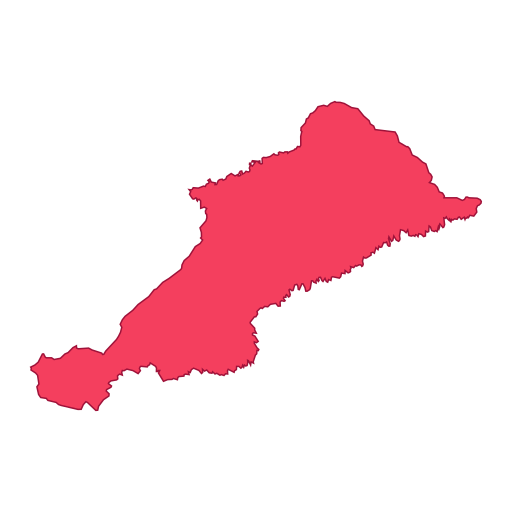 Nobres, Mato Grosso, Brazil (Robinson projection)
{"feature_id": "56859067B93249900813034", "entity_name": "Nobres", "entity_type": "district", "adm_level": 2, "iso_a3": "BRA", "parent_name": "Brazil", "parent_adm1": "Mato Grosso", "projection": "robinson", "projection_center": [-55.833, -14.387], "detail": "fine", "context": "isolated", "style": "filled", "palette": "rose", "viewbox_px": 512, "rotation_deg": 0, "n_neighbors": 0, "source": "geoboundaries", "source_scale": "gbopen_adm2", "svg_char_len": 6093}
<svg xmlns="http://www.w3.org/2000/svg" viewBox="0 0 512 512"><path d="M31.0,370.0L35.6,373.0L37.6,375.3L38.9,384.0L36.9,386.8L38.6,394.5L40.7,397.5L46.3,398.4L47.9,400.4L56.1,402.4L58.5,404.5L61.0,405.4L78.0,409.4L81.2,409.3L83.3,404.6L85.9,401.7L87.5,402.5L95.8,410.4L97.7,410.2L98.6,406.2L103.5,399.7L108.9,396.0L109.1,393.8L106.2,391.0L106.6,389.6L111.0,387.2L111.5,386.0L108.4,383.6L108.8,382.5L111.0,380.9L116.6,379.9L117.8,378.9L117.5,375.8L118.7,374.7L119.7,374.1L122.3,375.1L121.7,372.5L122.3,370.5L124.0,370.7L126.9,369.1L133.0,370.6L138.1,373.6L140.4,370.7L139.4,368.7L139.8,367.2L140.9,366.3L147.3,366.9L148.1,365.5L149.6,364.8L150.2,362.9L155.7,366.4L156.5,368.2L156.4,371.5L157.5,371.5L158.2,370.5L159.7,370.5L158.5,373.1L163.5,381.3L167.6,379.6L172.0,379.4L173.4,378.5L177.4,379.7L177.8,377.6L178.8,376.6L183.9,376.1L184.2,374.6L185.6,374.1L189.1,374.6L188.4,371.7L190.2,372.5L191.4,369.6L193.6,368.2L198.9,370.4L201.5,373.5L202.7,372.4L202.5,369.3L204.5,371.1L206.7,370.0L209.2,372.8L212.0,373.2L212.6,371.8L215.0,374.0L216.8,373.3L219.9,375.2L221.4,374.6L224.0,375.5L225.5,373.8L227.7,374.0L227.5,370.7L228.2,369.3L234.1,372.3L234.6,370.7L236.4,369.6L236.6,366.4L238.9,366.4L240.9,368.2L242.1,367.1L242.6,365.3L243.7,367.2L244.3,365.0L245.7,366.0L247.1,365.5L247.8,362.5L247.6,360.3L248.5,360.7L250.6,365.0L251.1,361.9L253.5,363.1L253.2,361.8L255.4,355.1L256.7,353.8L256.9,350.4L258.3,350.6L258.8,349.5L257.1,347.9L254.3,343.3L254.3,341.9L256.5,342.7L258.2,341.4L254.9,336.1L252.5,335.0L252.5,333.5L253.5,332.8L256.3,333.2L254.7,330.0L254.7,328.2L250.3,323.4L250.1,322.3L254.4,316.8L255.8,316.8L257.6,314.0L257.0,311.4L259.9,308.5L261.0,307.8L262.3,308.5L264.7,306.4L267.8,306.8L270.4,304.3L275.8,303.4L278.1,306.2L280.3,306.0L280.1,302.1L281.4,300.6L284.1,301.3L285.1,300.7L283.5,298.4L283.7,297.2L285.9,297.3L285.8,295.4L286.6,294.6L288.6,297.0L289.8,296.2L290.2,294.5L289.0,289.9L289.9,289.2L291.9,290.7L293.1,290.4L294.7,285.0L296.8,284.3L297.8,285.9L298.3,289.4L299.3,289.7L301.9,283.8L303.0,283.8L305.0,287.6L305.8,291.2L307.2,291.2L309.7,289.6L310.3,288.2L311.5,280.8L312.8,280.8L313.6,282.1L316.1,283.1L316.0,281.0L316.9,279.3L318.3,281.5L319.1,280.5L318.5,278.6L319.0,277.4L320.5,277.3L321.9,280.5L323.0,281.5L325.0,278.4L326.3,281.5L327.7,282.2L328.6,279.6L330.9,280.5L331.5,277.3L332.6,276.7L339.4,278.1L340.7,276.7L341.5,273.1L345.0,273.6L345.1,270.5L348.1,272.9L349.8,272.2L350.6,271.2L350.2,269.8L351.0,268.1L350.6,266.6L353.7,267.6L355.6,265.5L356.6,266.1L359.2,264.8L361.0,265.0L361.8,266.4L362.7,265.8L363.2,264.1L362.5,261.1L363.5,257.1L365.0,258.1L366.5,257.9L371.1,255.1L371.0,252.8L372.9,252.2L374.4,253.2L375.9,247.7L378.0,249.7L378.9,246.2L380.2,247.3L381.7,247.0L383.6,242.5L385.0,242.8L386.6,242.0L387.6,245.1L388.8,246.2L389.9,246.1L390.2,243.7L388.5,238.5L388.9,236.8L391.5,241.3L392.8,240.4L393.8,236.0L396.2,240.0L398.5,241.3L399.4,240.6L400.0,239.1L399.5,235.6L400.5,229.7L403.7,230.6L406.1,232.7L407.7,230.0L408.9,235.5L411.4,236.1L413.1,235.4L414.9,236.3L415.6,234.7L416.7,235.0L418.0,236.6L418.8,233.7L421.4,234.4L423.6,236.6L425.4,236.0L425.6,231.1L427.3,232.1L428.7,231.6L429.1,226.0L430.4,226.9L431.7,230.5L434.3,231.5L435.7,230.6L437.1,231.6L438.2,227.3L438.9,229.1L439.7,226.7L439.1,225.6L439.8,223.9L442.9,227.6L443.8,227.0L444.6,224.7L443.8,217.9L445.1,218.4L446.3,216.9L447.0,218.4L448.8,220.1L449.6,218.8L450.2,219.8L450.0,221.0L450.9,221.8L451.6,219.4L452.9,220.1L454.4,218.9L457.1,219.3L458.4,217.3L459.5,217.0L461.2,219.3L464.2,217.2L465.0,219.5L465.5,218.2L466.9,218.1L467.5,217.1L468.4,217.7L469.8,215.3L473.8,216.1L476.8,212.1L476.2,208.6L477.5,205.7L479.2,205.0L481.0,203.2L481.3,201.4L480.2,199.7L477.2,198.2L468.9,197.8L467.5,197.1L466.0,197.1L464.4,199.5L462.3,200.4L456.8,197.8L444.0,197.8L444.4,196.2L443.2,194.1L442.4,193.0L439.2,191.9L437.3,187.3L434.6,184.4L429.4,182.6L431.3,180.4L432.1,176.9L430.7,174.3L428.8,172.7L425.9,163.9L422.5,162.1L417.4,157.5L412.2,155.0L409.7,148.6L407.8,146.7L406.5,146.7L399.0,142.3L397.4,136.0L395.1,132.0L375.1,129.6L373.7,126.1L370.3,123.9L369.1,120.7L363.7,116.0L357.8,108.7L351.6,107.6L344.3,103.5L340.2,102.4L335.9,102.3L334.9,101.6L330.6,103.4L327.3,106.4L323.7,105.3L318.0,106.7L315.4,110.6L312.8,112.9L310.5,113.7L308.3,117.9L306.4,119.0L305.4,123.0L301.1,127.6L300.9,130.6L301.8,131.4L300.7,136.5L300.8,145.2L299.9,146.8L297.5,146.5L296.1,148.9L294.9,149.0L294.0,150.1L289.3,151.9L287.8,153.2L287.5,151.9L284.8,151.9L283.6,152.9L279.4,152.0L278.4,152.9L278.8,154.4L277.7,155.3L274.9,154.8L273.9,153.8L270.2,156.5L266.2,157.6L263.4,157.4L262.1,158.4L262.3,163.5L261.0,164.0L258.7,162.7L260.0,162.1L259.7,160.9L258.1,161.3L252.4,160.7L251.9,161.8L255.3,162.2L252.3,166.2L251.0,165.2L250.0,166.1L249.3,168.1L250.0,170.0L249.5,171.5L248.4,172.0L246.0,171.3L244.4,173.1L242.6,174.0L241.7,171.0L240.2,171.3L239.2,172.9L240.9,174.9L239.8,175.8L238.2,175.9L238.3,174.3L235.0,175.9L231.2,173.5L226.8,176.5L225.8,179.0L223.1,180.3L222.3,179.2L219.7,179.6L218.3,180.6L216.6,184.5L215.0,184.6L215.4,182.9L211.3,182.1L209.8,179.1L207.9,180.4L209.3,181.9L208.5,183.3L206.4,184.2L205.3,186.5L203.5,186.1L198.4,188.1L193.2,187.7L192.4,189.2L191.1,189.9L189.1,189.6L190.7,191.7L189.5,194.2L192.6,198.8L193.8,199.1L195.9,197.9L196.9,198.6L196.6,199.9L197.4,201.0L197.9,199.8L199.2,199.3L200.6,200.9L200.7,208.3L204.3,207.1L206.7,208.5L205.4,211.0L205.7,213.6L206.7,214.3L206.9,217.6L206.0,220.8L200.0,227.8L201.4,232.4L201.5,237.0L200.6,238.0L202.6,240.0L200.2,243.5L195.3,246.6L189.2,256.3L184.2,260.5L182.0,264.9L181.6,268.4L180.6,269.7L169.1,278.4L162.7,282.4L156.6,288.9L154.2,289.7L148.8,296.6L138.1,304.5L132.8,310.3L125.1,316.3L122.4,319.7L120.2,324.3L121.8,327.3L120.5,332.3L118.6,336.2L116.5,339.5L105.7,351.1L103.8,354.3L102.6,354.5L101.7,353.1L92.1,350.0L88.6,348.1L78.2,348.8L76.5,348.0L76.4,345.8L73.0,347.6L68.1,352.6L64.9,354.0L60.4,358.3L54.1,359.5L51.6,357.8L46.3,357.8L45.3,357.2L43.6,353.9L42.4,354.0L38.2,362.2L34.9,365.0L30.7,367.1L31.3,368.1L31.0,370.0ZM251.0,165.2L250.8,163.2L249.6,163.2L249.5,164.6L251.0,165.2Z" fill="#f43f5e" stroke="#9f1239" stroke-width="1.5"/></svg>